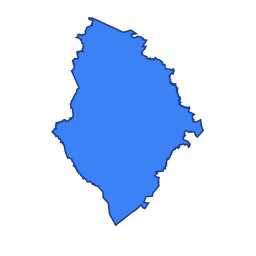 the district of Balleza, Chihuahua, Mexico, rotated 15°
{"feature_id": "50627088B93456517929571", "entity_name": "Balleza", "entity_type": "district", "adm_level": 2, "iso_a3": "MEX", "parent_name": "Mexico", "parent_adm1": "Chihuahua", "projection": "orthographic", "projection_center": [-106.603, 26.712], "detail": "fine", "context": "isolated", "style": "filled", "palette": "blue", "viewbox_px": 256, "rotation_deg": 15, "n_neighbors": 0, "source": "geoboundaries", "source_scale": "gbopen_adm2", "svg_char_len": 5719}
<svg xmlns="http://www.w3.org/2000/svg" viewBox="0 0 256 256"><g transform="rotate(15 128 128)"><path d="M141.3,225.0L155.1,206.4L155.4,206.6L157.1,204.5L160.7,198.8L163.0,201.1L165.1,201.5L167.2,195.2L162.5,195.9L163.3,189.5L169.1,187.6L168.9,184.1L172.9,175.8L172.5,175.5L172.4,174.8L171.4,173.5L172.0,172.8L171.3,171.9L171.3,171.0L170.6,169.5L170.9,167.9L167.3,167.8L166.2,167.0L168.1,164.0L166.3,163.1L173.0,160.5L173.3,157.1L173.5,157.0L174.5,157.7L174.6,157.3L174.2,156.5L174.2,155.8L174.9,154.4L174.3,153.6L174.5,152.2L173.8,152.0L174.0,149.1L173.8,147.4L174.1,147.2L174.3,147.9L174.8,147.9L175.0,147.6L174.6,147.1L174.9,146.6L175.5,146.9L175.5,146.1L176.1,144.4L175.7,142.9L176.8,142.2L176.3,141.5L176.4,140.5L177.0,139.7L176.7,138.8L178.2,136.6L179.1,136.3L178.8,134.6L179.6,133.9L180.4,135.0L180.2,134.0L180.6,133.4L181.3,133.8L182.0,135.2L181.8,134.1L182.1,133.5L182.7,133.3L182.8,132.9L182.4,131.6L181.9,131.2L182.5,130.4L184.0,130.3L184.9,129.3L185.9,129.1L187.1,129.8L189.3,128.4L190.2,129.0L190.8,130.0L191.8,130.8L192.2,129.8L192.0,127.5L190.3,126.2L188.4,125.3L184.2,124.9L183.7,123.2L184.2,122.4L183.8,122.1L183.8,121.6L184.0,121.4L184.2,121.8L184.6,121.8L184.9,120.8L185.3,120.5L183.6,118.0L184.0,116.2L185.3,115.6L186.3,115.6L187.4,116.4L188.9,116.1L189.8,115.3L190.0,115.6L191.7,114.8L193.1,114.8L195.0,117.5L195.7,117.7L196.6,118.6L197.4,118.6L201.3,111.0L198.5,107.3L196.0,101.3L192.8,104.3L190.6,104.9L189.6,104.1L189.7,104.7L189.4,105.0L188.9,103.3L189.3,102.9L187.6,101.9L187.7,101.0L186.8,99.8L188.6,97.7L182.1,96.5L182.4,93.1L181.8,93.1L181.8,92.3L181.1,93.1L180.8,92.7L180.3,92.7L180.0,93.4L179.1,92.7L177.3,93.7L177.1,93.0L176.3,92.7L175.0,92.9L174.5,92.4L173.7,93.0L173.2,92.5L172.2,92.3L172.2,91.8L171.4,91.8L171.4,91.2L172.0,91.1L171.4,90.4L172.2,89.7L171.5,89.5L171.2,88.9L171.0,89.5L170.7,88.7L169.8,88.4L170.2,87.6L171.2,87.1L171.3,86.8L170.6,86.3L170.5,85.4L169.9,85.5L169.9,84.7L169.4,84.9L169.5,85.3L169.3,85.3L168.6,84.5L168.6,83.8L168.2,83.0L167.5,82.8L167.0,81.5L166.5,81.6L166.3,80.6L165.6,80.2L166.0,79.9L165.7,79.5L166.1,79.3L165.7,77.4L165.1,77.6L165.4,76.7L164.5,76.9L163.9,75.9L164.1,75.4L163.1,75.0L162.7,74.5L162.7,74.0L162.1,74.6L161.6,74.1L161.7,73.8L161.1,74.3L161.2,73.5L161.0,73.3L160.2,73.6L160.4,73.9L160.2,74.3L159.1,73.4L158.7,74.4L158.3,74.0L157.9,74.1L157.5,73.5L157.6,71.8L157.0,73.1L156.4,72.7L156.8,71.5L156.7,70.4L155.7,69.4L155.4,68.7L154.9,68.4L154.4,67.3L155.2,66.9L154.9,65.7L155.3,64.6L156.4,63.7L156.9,64.3L157.4,64.3L157.3,63.9L157.6,63.2L157.4,61.8L157.8,60.8L156.7,59.7L156.7,59.3L156.3,59.2L156.2,59.7L155.0,60.7L153.3,60.4L148.6,61.0L147.1,57.1L145.1,57.8L145.0,57.3L144.6,57.2L144.6,56.2L143.6,55.1L140.4,54.0L137.7,54.0L136.5,52.9L135.9,53.3L135.9,54.0L135.0,55.5L134.2,54.7L132.4,55.3L132.2,56.2L131.5,55.6L131.0,54.7L129.5,56.1L129.1,55.7L128.0,55.9L128.0,54.5L123.0,53.7L122.5,53.4L122.0,52.3L122.4,52.1L121.7,51.7L121.7,51.0L124.0,46.6L123.9,45.6L124.2,44.5L120.9,45.6L123.3,38.4L119.7,38.7L119.8,37.5L118.0,37.2L117.5,36.8L115.6,36.6L114.2,37.1L113.4,37.0L113.3,37.5L112.5,37.9L112.2,38.4L109.9,39.5L109.2,39.0L108.4,39.0L107.1,37.7L107.4,36.2L108.4,35.9L108.7,36.4L109.3,35.6L110.3,35.5L111.6,34.8L105.6,32.7L98.8,36.8L65.1,31.0L61.8,31.9L62.0,32.8L62.9,32.7L63.3,33.2L64.1,33.3L65.4,33.1L66.6,33.8L66.0,36.1L66.3,37.4L67.0,38.0L67.0,38.3L66.2,38.6L65.7,38.1L64.7,39.8L62.4,41.2L62.3,42.7L61.7,45.2L61.7,45.8L62.5,47.0L62.5,47.8L62.1,48.6L60.2,49.6L60.3,50.3L59.6,50.0L59.1,50.5L57.3,50.0L56.3,50.2L56.0,50.7L55.6,50.7L55.8,53.1L55.0,53.3L54.7,53.8L55.9,53.6L58.3,54.2L59.4,54.9L59.8,54.7L59.7,55.4L60.5,56.0L61.2,57.4L63.7,59.6L63.5,60.9L64.1,61.6L63.6,63.2L63.7,64.2L63.4,64.6L64.8,65.8L63.7,65.8L63.3,66.1L62.2,66.0L60.9,66.8L60.7,67.7L60.3,67.2L60.2,67.6L59.6,67.4L59.0,67.8L59.6,68.5L60.0,70.4L61.6,72.4L61.7,73.1L61.5,73.6L60.9,73.8L60.9,74.5L58.4,74.8L58.0,75.7L58.0,76.6L57.3,76.8L57.1,77.9L58.2,78.7L58.3,79.4L58.9,79.3L59.2,80.1L58.9,80.5L59.7,80.8L60.0,82.6L60.4,82.9L60.6,83.6L59.7,85.4L59.8,86.6L58.6,87.2L70.4,101.9L69.9,103.0L69.0,103.6L68.7,104.3L69.1,108.4L68.3,108.8L67.9,110.9L67.6,111.3L67.5,113.3L67.1,114.4L67.2,115.5L66.3,116.6L66.8,117.4L66.3,119.6L66.4,120.7L67.0,121.2L67.5,122.3L67.6,123.5L68.3,123.3L69.1,123.6L70.0,125.0L70.1,126.2L71.4,128.6L71.4,129.0L71.9,130.1L71.8,131.1L72.0,131.5L71.2,132.7L71.1,133.7L70.2,133.1L69.7,133.2L69.9,134.2L69.2,134.7L68.9,136.5L68.3,136.4L67.2,137.4L66.5,137.1L66.3,137.7L65.8,137.1L65.1,136.9L65.0,136.4L64.4,136.4L62.8,137.8L62.9,138.9L62.6,139.0L62.5,138.7L62.1,139.3L61.7,139.1L61.5,139.5L59.7,140.1L59.7,140.6L58.7,141.9L58.3,141.8L57.8,141.1L57.4,141.4L57.2,141.8L57.6,142.8L57.6,143.4L58.2,144.0L57.5,144.6L58.5,146.7L58.1,147.1L58.6,147.4L57.7,147.6L57.0,148.5L56.8,149.6L55.9,150.9L55.9,151.6L57.2,152.0L58.0,152.8L59.0,152.6L60.5,154.8L61.4,154.1L62.6,154.3L63.6,156.0L64.5,155.7L64.7,156.5L66.0,156.8L67.1,157.9L67.2,158.3L66.6,158.6L66.6,159.4L67.0,159.3L67.1,158.8L68.5,158.5L68.9,158.8L68.8,160.0L69.2,160.0L69.5,159.6L70.0,159.8L70.2,160.8L70.8,161.3L73.3,166.5L77.4,172.6L78.2,171.9L80.2,172.5L80.8,172.3L81.6,172.7L81.8,173.2L82.5,173.8L82.6,174.6L83.5,174.6L84.3,175.7L85.0,176.2L85.2,176.9L84.9,177.9L85.2,178.8L85.8,178.8L86.4,179.2L86.8,178.4L87.2,178.4L87.9,180.6L89.4,181.2L89.4,181.9L90.2,183.0L90.9,183.2L92.5,184.7L93.5,184.6L94.6,185.8L96.2,186.7L97.0,186.8L97.2,187.8L98.1,188.9L99.0,188.0L100.1,187.9L101.0,189.0L101.6,189.3L101.9,189.9L103.2,190.6L105.1,189.5L106.2,190.3L107.9,190.4L107.9,191.2L108.4,191.6L108.8,191.5L109.5,190.7L109.9,190.8L110.5,191.7L110.4,192.6L110.7,192.0L111.5,191.7L112.3,192.1L113.8,191.9L120.6,196.4L121.9,201.6L128.4,205.6L132.5,216.0L141.3,225.0Z" fill="#3b82f6" stroke="#1e3a8a" stroke-width="1.5"/></g></svg>